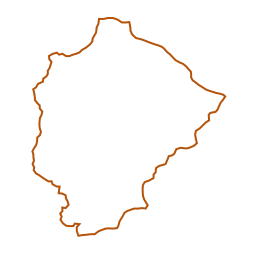 Urupês, São Paulo, Brazil (Natural Earth projection), rotated 272°
{"feature_id": "56859067B23946019327123", "entity_name": "Urupês", "entity_type": "district", "adm_level": 2, "iso_a3": "BRA", "parent_name": "Brazil", "parent_adm1": "São Paulo", "projection": "natural_earth1", "projection_center": [-49.27, -21.219], "detail": "fine", "context": "isolated", "style": "outline", "palette": "amber", "viewbox_px": 256, "rotation_deg": 272, "n_neighbors": 0, "source": "geoboundaries", "source_scale": "gbopen_adm2", "svg_char_len": 2277}
<svg xmlns="http://www.w3.org/2000/svg" viewBox="0 0 256 256"><g transform="rotate(272 128 128)"><path d="M227.5,93.2L224.8,93.0L222.1,92.7L219.2,91.1L216.0,89.5L213.2,89.3L210.2,87.1L206.9,83.3L204.3,79.1L201.8,76.9L200.4,73.6L199.3,70.2L197.7,66.6L197.8,63.4L199.9,59.9L198.9,56.6L200.8,54.3L199.4,50.0L197.2,46.5L193.9,47.0L191.5,49.2L188.2,48.4L184.8,47.3L182.3,45.8L179.3,46.0L176.7,44.6L174.4,41.6L171.3,41.3L169.0,36.6L165.4,34.6L163.4,31.9L159.8,33.0L155.5,33.8L152.6,34.1L149.6,36.6L147.6,38.9L144.3,39.2L141.4,41.8L138.0,41.1L135.0,39.7L132.3,39.4L129.2,39.3L125.1,39.7L121.2,41.1L117.9,40.3L115.3,37.7L111.2,37.6L107.7,36.8L104.7,34.9L101.3,33.3L98.4,34.3L94.8,34.6L92.0,35.2L88.7,33.9L85.2,35.7L82.6,35.2L79.4,37.6L77.8,40.8L75.6,44.0L73.5,47.5L71.8,50.6L72.1,53.5L69.1,54.6L67.1,58.7L67.0,61.7L64.0,61.3L60.4,61.0L60.2,64.3L58.7,67.9L55.3,68.6L52.6,70.2L49.1,71.3L45.8,68.5L46.2,65.1L42.7,65.4L40.1,63.2L37.2,64.8L33.9,63.7L30.4,66.4L28.2,69.5L27.9,73.3L28.1,76.8L30.6,78.2L30.2,82.8L27.2,80.3L23.4,80.4L18.6,82.2L19.3,85.8L19.8,89.6L20.6,94.6L20.7,98.4L23.8,102.2L25.3,105.7L26.7,109.1L27.0,112.4L27.0,116.7L27.5,120.5L29.7,121.7L34.6,122.9L38.7,125.3L43.0,127.4L44.9,129.9L46.1,132.8L47.7,136.9L47.8,140.8L48.4,144.2L48.2,148.5L51.5,150.4L57.1,146.7L60.5,145.4L63.7,145.0L68.2,144.7L71.7,145.0L74.6,146.7L76.2,150.9L78.9,155.3L82.3,155.2L84.6,157.1L88.9,157.4L91.2,160.5L92.3,164.0L93.3,166.8L96.0,167.8L98.7,168.9L101.3,169.7L102.0,172.6L103.8,175.1L108.5,177.0L110.0,181.1L109.6,187.2L110.7,190.7L112.4,194.3L115.2,197.4L119.9,196.1L123.9,195.3L127.5,196.0L130.1,199.7L133.8,203.2L136.3,205.6L138.5,208.8L143.9,208.2L146.0,209.8L147.2,215.0L149.7,217.0L152.4,217.9L156.6,219.8L159.7,222.1L162.9,224.1L164.6,222.0L165.6,218.1L166.1,215.0L167.8,208.8L169.0,204.9L171.7,200.4L173.5,197.2L176.0,193.8L177.9,191.0L180.7,189.3L183.5,189.3L186.6,188.8L189.1,186.2L191.6,184.0L193.9,180.9L195.3,177.4L197.4,173.2L200.2,170.3L203.1,167.4L205.1,164.6L208.7,161.2L210.3,159.0L211.5,155.7L212.6,151.7L214.1,146.9L215.6,142.8L217.1,138.2L218.2,132.8L221.6,128.9L225.3,127.1L228.2,126.9L231.1,126.3L233.9,125.6L233.4,122.2L233.3,118.1L235.9,114.0L237.4,109.1L237.2,103.8L236.1,99.8L236.0,95.2L231.0,94.8L227.5,93.2Z" fill="none" stroke="#b45309" stroke-width="2"/></g></svg>